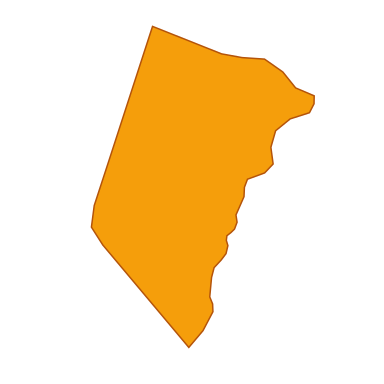 an SVG outline of Katakwi, rotated 198°
{"feature_id": "UGA-3122", "entity_name": "Katakwi", "entity_type": "County", "adm_level": 1, "iso_a3": "UGA", "parent_name": "Uganda", "parent_adm1": "", "projection": "mercator", "projection_center": [33.928, 1.964], "detail": "fine", "context": "isolated", "style": "filled", "palette": "amber", "viewbox_px": 384, "rotation_deg": 198, "n_neighbors": 0, "source": "natural_earth", "source_scale": "10m", "svg_char_len": 622}
<svg xmlns="http://www.w3.org/2000/svg" viewBox="0 0 384 384"><g transform="rotate(198 192 192)"><path d="M104.8,303.7L121.2,291.9L131.4,276.1L130.8,258.9L123.5,243.7L128.8,232.6L143.2,221.3L143.6,212.7L141.1,203.6L143.1,183.8L139.8,177.2L140.1,169.9L142.4,165.5L145.3,161.2L144.4,156.6L141.3,152.1L140.6,143.9L143.2,136.4L147.6,126.9L147.0,116.8L142.7,97.7L137.8,91.9L135.1,84.6L138.7,63.5L147.0,43.2L260.4,114.0L276.8,127.5L280.8,148.9L280.7,196.0L280.7,337.3L206.6,332.5L185.9,335.3L164.1,340.8L142.7,334.2L125.6,323.0L105.5,321.2L103.2,313.6L104.8,303.7Z" fill="#f59e0b" stroke="#b45309" stroke-width="1.5"/></g></svg>